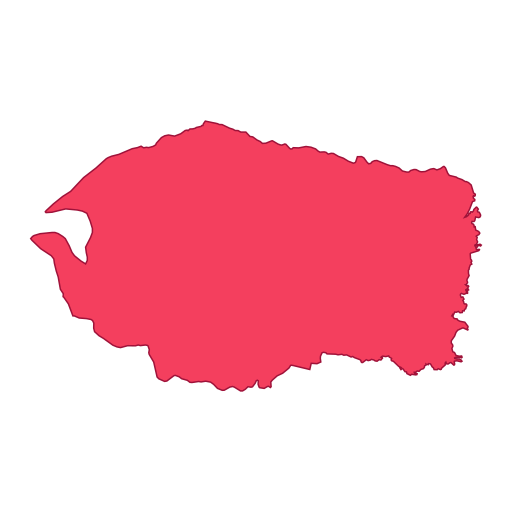 Monchy/La Borne/Sans Souci, Dauphin, Saint Lucia (Robinson projection)
{"feature_id": "8701671B92777247023512", "entity_name": "Monchy/La Borne/Sans Souci", "entity_type": "district", "adm_level": 2, "iso_a3": "LCA", "parent_name": "Saint Lucia", "parent_adm1": "Dauphin", "projection": "robinson", "projection_center": [-60.899, 14.045], "detail": "fine", "context": "isolated", "style": "filled", "palette": "rose", "viewbox_px": 512, "rotation_deg": 0, "n_neighbors": 0, "source": "geoboundaries", "source_scale": "gbopen_adm2", "svg_char_len": 6074}
<svg xmlns="http://www.w3.org/2000/svg" viewBox="0 0 512 512"><path d="M63.1,296.7L63.7,297.1L68.4,303.9L72.9,315.9L74.3,315.9L79.2,318.0L86.6,318.6L91.1,319.5L92.6,320.6L93.8,323.1L93.7,328.2L94.6,331.7L99.0,335.7L103.3,338.3L112.9,345.2L117.0,346.9L120.5,347.6L127.6,345.7L135.5,345.8L138.2,345.0L140.4,345.6L145.5,345.0L147.4,345.4L148.0,345.8L149.3,349.6L148.8,352.7L149.2,354.4L153.7,362.0L157.1,377.0L158.8,378.8L164.6,381.4L166.9,381.0L174.0,375.6L175.4,375.4L179.2,376.8L181.6,378.7L187.3,380.3L189.9,382.3L191.9,382.5L198.6,381.5L201.1,381.9L205.7,381.2L210.6,382.1L213.7,384.4L217.5,388.4L222.2,390.3L224.3,390.2L229.8,387.1L232.6,386.5L234.3,387.1L240.5,390.9L242.6,390.9L245.3,389.3L248.0,386.7L251.0,387.2L252.5,386.8L255.2,383.2L256.3,380.7L257.3,380.2L258.3,380.8L258.1,384.3L259.1,387.1L259.7,387.7L264.2,388.4L267.4,386.5L268.6,386.3L270.4,387.5L271.1,386.7L270.8,382.0L272.2,380.2L277.2,375.8L282.7,373.2L288.9,368.1L290.6,365.4L291.2,365.2L293.1,365.5L309.8,369.5L311.2,363.3L317.0,363.7L320.8,362.0L320.3,358.3L320.5,356.1L322.1,352.7L323.5,352.3L325.8,352.7L327.0,353.9L335.7,354.2L338.0,354.8L341.9,354.3L343.7,355.2L346.6,354.9L351.1,357.0L352.7,356.5L354.4,357.6L359.8,359.6L360.8,360.4L361.1,361.8L361.8,362.5L362.7,362.5L366.3,359.7L368.1,360.6L370.1,360.2L371.4,359.4L373.7,359.9L375.1,360.9L377.1,361.2L379.2,359.6L380.3,360.0L381.4,359.7L381.6,359.0L382.5,358.2L382.4,357.7L381.1,357.2L382.0,356.4L382.8,356.1L385.7,356.6L388.7,355.9L389.2,357.0L391.6,358.4L391.1,359.9L391.7,360.8L393.4,361.3L398.7,366.4L400.9,367.4L399.9,367.9L401.0,369.6L402.0,368.7L403.0,368.9L405.0,371.7L406.5,371.9L406.9,373.6L410.4,375.3L411.7,374.3L415.7,374.9L416.9,374.6L417.1,373.7L414.7,373.3L414.2,372.3L416.1,372.0L417.2,371.0L419.1,371.3L420.8,369.5L423.5,368.6L424.4,367.2L424.6,365.8L426.0,365.1L426.0,364.1L426.6,364.6L427.5,364.3L428.1,364.7L428.6,363.6L430.5,363.9L432.2,366.9L433.4,367.8L434.1,369.6L437.2,369.7L438.2,368.7L440.4,369.6L441.2,369.3L441.6,368.2L445.2,365.0L445.2,362.9L445.9,362.1L446.5,363.8L447.0,364.0L448.3,363.9L449.8,362.8L450.9,362.5L453.8,365.1L454.4,364.9L454.7,364.0L454.2,361.9L454.4,361.2L456.9,360.8L461.1,361.8L462.0,361.2L461.0,359.9L459.5,359.1L456.6,359.0L454.7,358.4L454.6,357.8L455.5,357.4L460.5,357.4L461.6,357.8L462.1,357.2L461.6,356.0L459.3,356.2L456.1,355.5L454.5,352.5L452.8,351.8L451.9,348.5L452.9,346.1L452.5,344.6L451.3,343.1L451.3,340.8L454.6,336.1L456.0,332.4L457.7,330.2L462.5,328.0L463.4,328.0L467.7,330.0L468.0,329.7L467.3,328.2L467.9,327.4L468.0,326.4L464.8,322.2L459.7,321.2L457.5,319.9L457.1,318.9L454.5,318.6L453.4,317.6L453.0,316.3L451.8,315.9L452.8,314.3L453.4,314.9L454.7,312.1L456.5,312.2L458.3,311.4L460.0,312.8L462.3,312.5L462.6,310.8L464.2,310.9L464.6,309.4L465.7,308.8L466.5,306.0L466.8,305.9L466.8,304.8L466.0,303.9L464.7,304.0L464.0,303.5L463.6,301.6L462.8,300.4L464.0,299.1L462.8,296.9L461.2,297.4L460.3,295.0L460.7,293.9L461.4,293.4L463.9,294.3L466.2,293.4L466.4,292.6L466.8,293.2L467.5,293.3L467.6,291.9L465.9,290.6L465.8,289.7L466.3,289.5L467.8,290.3L468.6,289.9L468.3,289.1L467.3,288.6L468.7,286.3L468.1,285.6L466.8,285.9L465.6,284.7L466.6,284.6L466.7,283.6L467.5,282.9L467.6,282.2L466.9,280.5L467.1,279.2L469.1,275.6L468.5,273.6L468.4,270.4L469.2,269.0L469.1,268.1L470.3,264.9L471.8,264.1L471.0,262.3L471.8,261.2L471.4,260.0L470.6,259.2L470.2,253.8L470.8,253.1L478.7,250.7L479.5,249.7L479.3,249.4L476.4,249.5L475.9,247.5L477.0,247.3L477.5,246.0L479.5,245.5L480.6,246.0L481.3,245.1L480.0,244.2L476.4,245.1L475.5,246.0L474.8,245.8L475.1,244.8L476.4,244.4L477.6,241.9L476.6,239.6L477.2,237.4L476.2,236.3L476.4,235.9L478.9,234.6L479.8,233.1L478.7,231.5L475.7,230.0L475.2,226.7L474.2,226.9L474.0,225.2L473.3,224.1L472.0,223.6L471.6,222.8L472.0,221.4L474.0,221.5L474.8,220.6L475.6,217.0L478.8,217.6L480.0,217.0L480.6,215.8L480.5,214.7L479.3,212.3L477.7,211.8L477.4,210.8L478.3,209.1L476.8,207.2L476.3,207.1L473.9,209.4L473.4,211.0L472.3,212.1L470.9,211.7L470.3,212.3L470.2,213.4L469.1,213.4L468.5,215.1L466.5,216.7L464.7,217.3L467.1,214.0L469.6,209.2L472.5,201.6L474.7,200.8L474.8,199.4L473.5,198.4L473.1,196.5L473.5,195.7L474.7,196.2L475.2,195.5L475.3,194.2L473.6,193.0L471.2,185.0L468.5,182.6L466.4,181.6L465.3,181.6L462.0,179.6L457.5,178.0L456.3,177.1L449.3,175.4L447.7,173.2L445.5,167.9L444.2,166.5L443.4,166.5L440.3,168.7L436.9,169.9L433.8,168.6L432.3,168.8L430.3,169.2L425.3,171.5L421.6,171.8L419.8,171.5L416.1,169.6L414.0,169.5L410.7,170.5L408.8,172.1L406.9,172.1L402.4,171.0L399.1,168.0L395.5,166.4L392.8,165.7L390.5,165.7L387.3,164.7L376.9,160.5L374.5,160.7L372.2,161.7L370.7,163.4L368.7,163.8L367.0,162.2L363.8,157.8L361.6,156.6L357.4,156.7L355.7,161.9L355.1,162.6L353.4,163.2L348.3,161.2L343.4,158.2L338.4,156.4L333.5,153.5L331.2,153.3L328.2,154.1L326.0,152.3L324.2,151.9L319.9,152.1L318.1,151.1L315.6,148.9L311.0,147.2L306.0,146.5L298.7,147.9L293.2,147.7L292.0,148.9L290.7,149.0L289.7,148.4L285.9,144.3L284.8,144.0L281.8,145.1L280.4,144.9L278.1,144.1L272.5,140.8L271.5,140.9L265.9,143.2L262.4,143.4L260.2,141.5L257.0,140.0L252.8,136.9L249.9,136.4L245.9,132.1L240.8,132.1L238.1,130.6L235.1,130.5L232.9,129.2L229.6,128.2L222.1,124.6L219.2,124.5L217.6,123.7L205.3,121.1L203.4,123.8L202.9,125.5L201.9,125.5L201.0,126.4L196.2,127.5L195.4,128.2L192.6,128.9L189.9,129.0L188.0,130.7L187.2,130.1L185.2,130.5L180.7,133.8L174.6,136.1L168.5,135.0L164.7,135.8L161.4,137.6L156.3,143.3L155.7,144.9L153.1,146.4L148.7,147.6L146.3,147.3L144.3,147.7L143.4,147.7L141.1,146.2L137.5,147.6L132.2,148.7L118.8,154.4L111.6,156.2L108.2,157.6L106.3,158.7L96.0,168.0L83.6,177.6L70.6,191.4L62.6,196.5L53.3,204.0L46.2,210.6L45.3,211.8L46.0,212.6L52.1,212.2L65.7,208.9L77.3,210.0L82.4,211.1L86.9,213.3L90.2,221.1L92.4,228.4L92.4,232.5L90.5,237.6L85.6,247.2L86.3,252.7L87.3,257.1L87.3,260.4L85.6,263.9L80.9,261.0L74.5,255.8L72.0,252.4L69.2,245.8L65.3,238.6L62.8,236.5L58.2,233.6L55.0,232.5L51.9,232.5L40.1,233.7L34.1,235.5L32.5,236.5L30.7,238.6L32.0,240.3L40.7,248.7L51.3,255.7L53.8,258.9L54.4,263.3L56.3,271.1L58.2,276.9L60.4,289.3L63.3,293.7L63.1,296.7Z" fill="#f43f5e" stroke="#9f1239" stroke-width="1.5"/></svg>